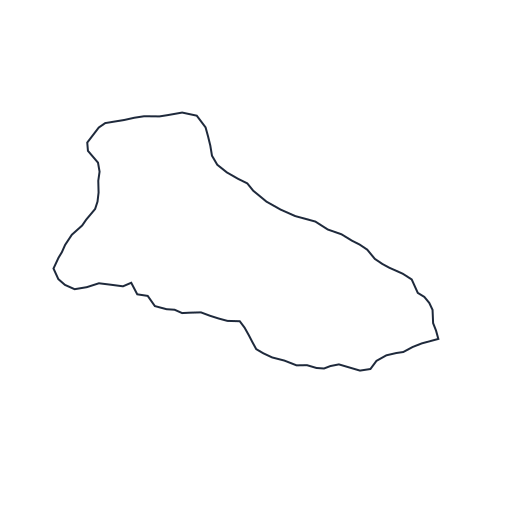 Brejo Alegre, São Paulo, Brazil (Equal Earth projection), rotated 294°
{"feature_id": "56859067B74582559748753", "entity_name": "Brejo Alegre", "entity_type": "district", "adm_level": 2, "iso_a3": "BRA", "parent_name": "Brazil", "parent_adm1": "São Paulo", "projection": "equal_earth", "projection_center": [-50.213, -21.184], "detail": "fine", "context": "isolated", "style": "outline", "palette": "slate", "viewbox_px": 512, "rotation_deg": 294, "n_neighbors": 0, "source": "geoboundaries", "source_scale": "gbopen_adm2", "svg_char_len": 1296}
<svg xmlns="http://www.w3.org/2000/svg" viewBox="0 0 512 512"><g transform="rotate(294 256 256)"><path d="M172.6,337.5L177.0,347.0L178.3,356.8L180.9,363.9L185.7,368.7L190.7,375.8L193.6,397.6L199.3,406.5L209.2,408.7L218.3,415.5L224.4,423.6L228.2,429.6L236.7,436.2L243.6,443.0L254.4,456.3L261.1,450.8L266.7,445.1L278.6,439.2L283.6,433.4L287.1,426.4L288.1,418.8L297.9,407.8L299.5,397.2L299.5,382.6L300.1,374.7L301.7,365.7L307.0,355.1L308.6,346.0L309.0,337.5L310.6,325.3L309.4,310.8L311.6,296.2L308.4,275.5L308.4,259.6L309.9,243.5L314.5,226.9L318.8,218.5L319.2,208.2L320.5,195.4L323.6,183.5L329.7,175.0L338.2,169.4L345.7,163.6L353.0,157.6L360.1,144.8L357.0,130.2L348.7,117.9L344.3,111.1L338.2,97.0L332.8,88.6L326.8,80.5L316.1,64.2L309.4,60.1L291.0,55.7L283.7,59.7L277.0,73.7L269.4,78.8L260.6,81.3L249.9,86.4L241.2,89.1L233.5,89.9L220.2,86.1L213.2,84.8L200.5,79.1L188.5,77.1L180.5,77.1L174.2,76.3L162.2,76.1L154.5,84.8L151.9,93.2L151.9,103.8L158.7,114.1L167.2,123.6L170.7,135.0L174.2,146.8L180.8,152.9L172.7,163.1L175.5,173.3L169.1,184.0L171.0,195.9L173.8,203.5L173.8,211.7L177.4,218.8L182.1,228.6L182.7,238.4L183.7,247.3L185.1,256.3L189.8,267.7L185.9,274.7L180.6,281.8L175.8,287.8L171.0,294.1L170.1,302.2L169.9,312.0L172.0,324.4L172.6,337.5Z" fill="none" stroke="#1e293b" stroke-width="2"/></g></svg>